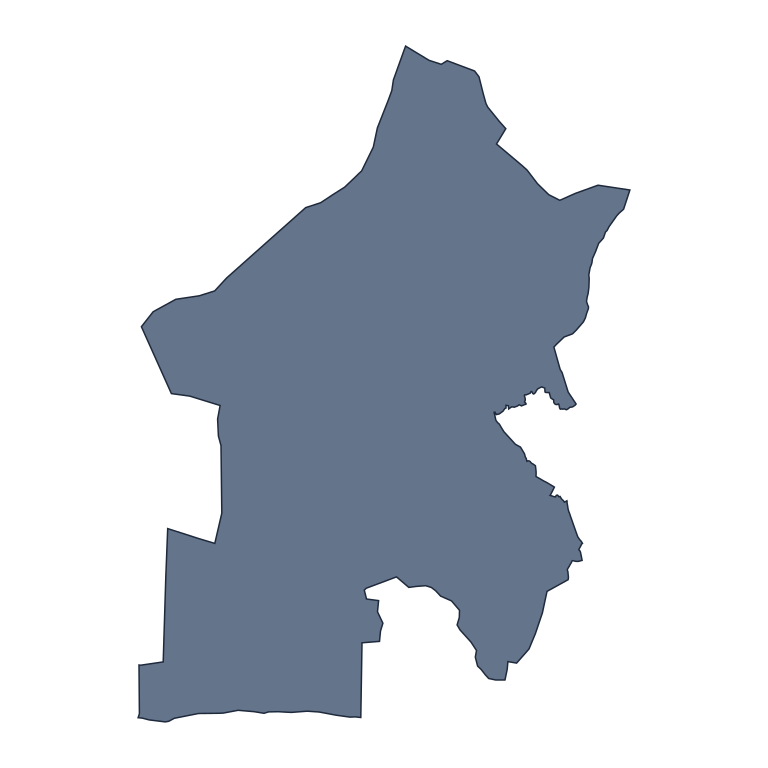 outline of Wamakko, Sokoto, Nigeria
{"feature_id": "59680162B10831398447622", "entity_name": "Wamakko", "entity_type": "district", "adm_level": 2, "iso_a3": "NGA", "parent_name": "Nigeria", "parent_adm1": "Sokoto", "projection": "equal_earth", "projection_center": [5.187, 13.089], "detail": "fine", "context": "isolated", "style": "filled", "palette": "slate", "viewbox_px": 768, "rotation_deg": 0, "n_neighbors": 0, "source": "geoboundaries", "source_scale": "gbopen_adm2", "svg_char_len": 4010}
<svg xmlns="http://www.w3.org/2000/svg" viewBox="0 0 768 768"><path d="M138.1,717.7L142.2,718.1L149.1,719.9L165.2,721.9L168.7,721.3L174.3,718.3L198.5,713.5L217.1,713.3L223.2,713.1L238.1,710.3L254.3,711.7L264.0,713.3L268.5,711.9L278.4,711.7L285.2,712.1L291.4,712.4L307.2,711.2L319.1,712.0L336.2,715.2L349.8,717.1L355.5,716.9L360.8,717.5L362.0,642.8L379.5,641.4L380.5,631.1L382.9,623.2L377.5,611.8L378.6,600.6L366.5,599.0L364.3,590.1L366.3,588.2L396.5,576.9L408.8,587.4L416.5,586.4L425.7,585.7L431.4,587.5L435.6,590.7L440.6,596.1L451.5,600.9L459.5,610.3L459.3,617.5L457.1,624.9L460.0,629.9L471.0,642.1L476.5,650.5L475.3,657.1L477.6,666.1L481.1,669.4L485.3,674.8L488.7,678.5L495.7,680.0L504.8,680.0L504.9,679.9L505.0,679.9L507.2,669.4L507.9,661.6L516.6,663.1L529.0,649.0L535.4,633.6L542.4,612.9L547.0,591.4L568.1,579.7L568.3,578.8L568.4,577.6L568.4,576.7L568.3,575.7L568.2,575.0L568.1,574.0L568.0,573.1L568.0,572.6L567.9,571.7L567.7,571.1L567.4,570.3L567.3,569.6L568.1,568.1L569.4,566.0L570.2,564.4L571.2,562.9L572.2,560.7L573.1,560.7L574.3,561.0L575.5,561.3L576.9,561.4L577.8,561.4L578.4,561.4L578.6,561.3L579.5,561.1L580.8,560.7L582.1,560.4L581.3,556.1L581.0,554.7L580.5,552.2L579.8,550.7L578.8,549.7L579.4,548.4L580.5,546.5L581.2,545.0L581.5,544.2L582.5,543.4L581.8,542.2L581.4,541.5L579.7,539.6L578.1,537.3L577.7,536.6L575.6,530.8L575.6,530.7L574.7,528.2L570.8,517.1L569.3,512.7L568.9,511.9L568.1,509.2L567.6,505.8L567.0,502.5L567.1,501.7L566.9,500.8L566.1,501.3L564.3,502.1L563.8,501.2L563.1,500.4L562.1,499.5L561.5,498.8L560.9,497.9L560.5,497.1L560.0,496.4L559.0,496.8L558.8,496.7L558.2,495.9L557.7,495.2L557.2,495.1L556.4,495.3L555.8,496.1L555.5,496.7L555.4,496.9L554.6,496.8L553.5,496.5L551.8,495.9L550.4,495.5L550.1,495.4L550.3,495.2L552.5,491.0L554.4,487.1L548.1,483.3L546.4,482.3L543.8,481.0L536.0,476.5L536.1,474.3L536.1,471.9L535.8,468.7L535.4,465.7L533.0,464.0L532.0,463.5L531.0,462.7L530.2,461.6L529.3,461.0L528.0,460.8L526.9,461.3L526.2,458.4L525.3,456.9L524.5,453.8L520.5,447.1L515.4,444.3L503.9,431.7L501.5,427.8L499.3,424.1L497.5,422.5L495.9,420.3L494.1,412.3L495.0,412.2L496.3,414.6L499.3,413.9L503.0,411.2L504.8,408.6L506.0,408.0L506.0,405.3L508.4,405.7L508.7,408.9L510.0,408.0L511.8,406.8L514.3,407.2L517.3,406.1L519.3,404.8L521.5,405.9L524.3,404.7L525.9,404.3L526.0,403.5L525.2,402.5L524.5,402.0L525.3,400.1L525.1,398.2L524.4,395.6L524.8,394.8L526.1,394.9L526.8,394.6L530.0,393.3L530.4,393.0L530.8,391.8L531.7,391.5L532.9,393.6L533.4,394.0L534.1,393.8L535.4,392.6L536.3,390.8L537.8,388.8L541.6,386.9L544.8,388.1L545.0,392.0L545.9,392.5L549.2,392.6L550.6,397.6L551.1,398.3L553.6,399.8L553.8,402.3L554.5,403.6L555.4,404.3L556.4,404.6L557.4,404.5L557.8,404.2L558.2,404.0L558.8,404.2L559.3,406.4L559.6,408.0L560.3,409.2L561.7,408.9L562.5,409.1L562.8,409.2L563.8,408.9L564.6,409.0L565.3,409.3L566.2,409.7L567.0,409.5L567.6,409.1L568.3,408.7L569.7,407.4L572.6,406.9L575.0,405.3L576.1,404.0L568.2,392.1L562.1,372.6L560.2,369.5L553.9,347.1L556.4,344.4L564.1,337.0L572.6,333.8L576.3,330.1L583.4,321.9L585.4,317.9L586.6,313.5L588.4,308.6L588.5,306.8L587.6,304.8L586.5,301.4L587.2,297.0L588.1,293.6L588.9,287.4L589.2,278.5L588.8,275.0L590.1,267.7L591.6,264.0L592.0,262.3L592.5,258.5L595.5,251.8L598.7,243.3L603.4,238.1L605.5,232.0L607.1,230.5L608.9,226.9L616.8,215.7L619.3,213.0L623.6,209.2L629.9,190.0L598.0,185.2L575.3,193.4L559.8,200.3L548.8,194.7L537.5,183.7L527.1,170.1L522.0,165.5L496.5,144.0L505.8,128.7L499.4,121.5L487.8,107.2L486.0,103.6L483.4,94.3L479.0,76.8L474.6,71.0L447.2,60.7L441.2,64.3L429.0,60.3L405.6,46.1L404.0,50.4L393.4,79.9L391.8,90.6L388.0,100.9L377.4,127.8L373.3,147.1L361.6,171.0L357.5,174.8L357.2,175.2L344.6,187.2L332.9,194.6L320.7,202.7L305.7,207.6L226.6,278.0L214.7,290.9L199.2,295.8L175.8,299.3L153.2,311.7L141.4,326.7L171.4,393.6L189.7,396.1L220.1,405.5L217.6,419.1L218.4,436.0L221.0,445.6L221.8,513.2L214.8,543.4L198.5,538.5L167.7,528.6L165.8,576.8L163.2,661.9L140.7,665.2L139.0,665.0L139.4,713.7L138.1,717.7Z" fill="#64748b" stroke="#1e293b" stroke-width="1.5"/></svg>